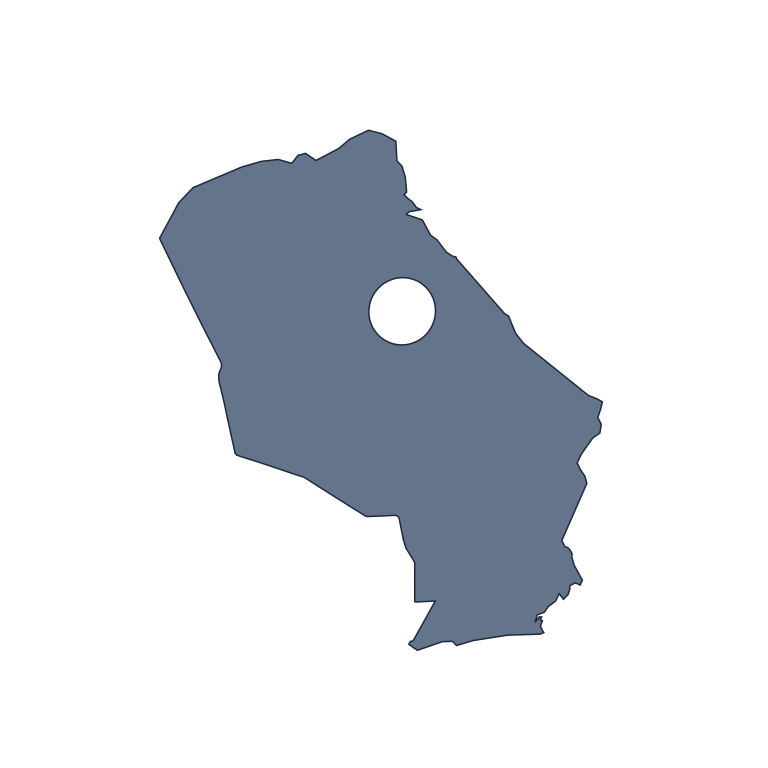 an SVG outline of Qyzylorda, rotated 27°
{"feature_id": "KAZ-3197", "entity_name": "Qyzylorda", "entity_type": "Region", "adm_level": 1, "iso_a3": "KAZ", "parent_name": "Kazakhstan", "parent_adm1": "", "projection": "albers", "projection_center": [63.953, 45.065], "detail": "fine", "context": "isolated", "style": "filled", "palette": "slate", "viewbox_px": 768, "rotation_deg": 27, "n_neighbors": 0, "source": "natural_earth", "source_scale": "10m", "svg_char_len": 3183}
<svg xmlns="http://www.w3.org/2000/svg" viewBox="0 0 768 768"><g transform="rotate(27 384 384)"><path d="M285.1,514.3L283.9,513.7L282.7,513.2L278.4,507.9L275.2,504.0L271.9,500.1L268.7,496.2L265.5,492.2L262.2,488.2L258.9,484.2L255.7,480.2L252.4,476.1L248.4,471.2L245.3,467.6L242.2,464.0L235.7,456.5L232.5,450.8L232.0,448.9L231.7,444.6L231.4,442.6L230.4,440.4L229.0,438.7L225.4,436.1L220.4,432.5L213.7,427.6L205.4,421.6L195.9,414.7L185.6,407.1L174.7,399.0L163.5,390.7L152.3,382.3L141.4,374.0L131.0,366.1L121.5,358.9L117.9,356.1L118.8,315.6L124.8,295.6L158.6,255.4L173.5,241.4L187.9,231.9L201.6,229.3L203.6,219.3L209.3,214.2L221.9,215.7L236.7,194.8L242.3,181.4L254.9,165.0L268.6,161.9L284.3,162.3L294.3,179.4L301.0,181.7L309.1,190.0L317.0,202.7L316.0,206.3L321.2,207.9L326.4,208.8L332.8,212.0L337.7,211.9L328.0,219.3L327.0,222.8L343.7,220.4L358.0,230.3L365.9,231.5L379.8,238.3L387.2,239.0L390.3,238.1L392.0,239.6L459.3,266.5L464.2,266.9L478.1,279.0L490.1,284.5L571.4,301.4L580.9,300.5L586.7,300.8L588.6,308.8L589.7,316.7L596.0,321.4L598.6,329.7L594.5,337.2L591.7,356.8L591.9,366.4L597.4,370.8L605.2,375.2L609.9,380.6L613.5,442.8L619.3,446.9L621.7,446.2L625.4,447.6L628.9,450.1L629.6,452.5L635.5,459.0L649.8,468.7L650.1,474.0L644.7,474.4L641.0,479.3L642.7,482.4L643.6,487.9L641.6,494.4L635.3,491.3L635.4,499.7L631.5,507.5L630.3,514.8L625.4,520.0L626.7,527.9L628.1,521.0L630.2,520.0L630.3,523.0L632.6,523.0L633.3,528.7L637.6,532.0L639.3,533.0L636.7,536.0L608.1,551.7L579.8,572.2L567.3,584.1L561.9,582.2L553.0,587.1L534.7,606.1L530.0,605.5L524.3,604.7L524.2,602.3L524.4,601.7L524.6,601.1L525.3,600.8L526.0,600.5L526.2,599.8L526.5,599.1L526.6,596.9L526.7,594.8L527.5,574.4L528.2,554.1L519.7,559.0L511.2,563.9L510.7,563.8L510.1,563.8L506.1,555.9L501.4,546.8L498.0,540.1L492.8,529.7L491.6,528.7L490.4,527.7L484.2,524.0L478.0,520.2L475.0,517.1L472.0,514.0L465.5,505.8L459.0,497.5L458.0,496.6L457.0,495.8L456.0,495.6L455.1,495.5L454.0,495.9L452.9,496.3L447.2,499.6L441.4,502.9L435.7,506.1L429.7,509.5L428.7,509.8L427.7,510.1L424.4,509.8L416.2,509.1L408.0,508.4L399.7,507.6L391.5,506.9L382.5,506.0L373.5,505.2L364.4,504.3L355.4,503.4L350.0,504.2L344.6,505.1L339.2,505.9L333.7,506.7L328.3,507.5L322.9,508.3L317.5,509.1L312.0,509.9L308.7,510.4L305.3,511.0L301.9,511.5L298.6,512.1L296.5,512.4L294.4,512.8L292.3,513.1L290.2,513.5L285.2,514.2L285.1,514.3ZM367.0,344.7L370.4,344.6L373.7,344.1L376.9,343.2L380.0,342.1L382.9,340.7L385.7,339.0L388.2,337.1L390.6,334.9L392.8,332.5L394.7,329.9L396.4,327.1L397.8,324.2L398.9,321.1L399.7,317.8L400.2,314.5L400.4,311.0L400.2,307.6L399.7,304.2L398.9,301.0L397.8,297.9L396.4,294.9L394.7,292.1L392.8,289.5L390.7,287.1L388.4,284.9L385.8,283.0L383.1,281.3L380.2,279.9L377.2,278.7L374.1,277.9L370.8,277.3L367.4,277.1L364.1,277.3L360.8,277.8L357.6,278.6L354.6,279.7L351.7,281.1L349.0,282.7L346.4,284.6L344.0,286.8L341.9,289.2L339.9,291.7L338.2,294.5L336.8,297.4L335.7,300.5L334.8,303.8L334.2,307.1L334.0,310.6L334.1,314.0L334.6,317.4L335.4,320.6L336.5,323.7L337.8,326.7L339.4,329.5L341.3,332.2L343.5,334.6L345.8,336.8L348.3,338.8L351.1,340.5L354.0,341.9L357.0,343.1L360.2,344.0L363.5,344.5L367.0,344.7Z" fill="#64748b" stroke="#1e293b" stroke-width="1.5"/></g></svg>